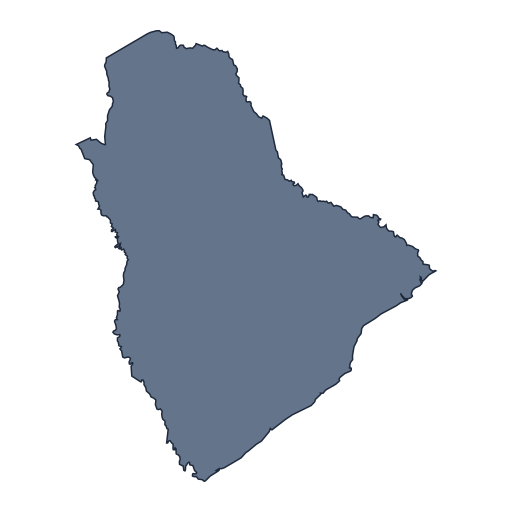 San Carlos, Panama (Natural Earth projection)
{"feature_id": "35544464B52564118130817", "entity_name": "San Carlos", "entity_type": "district", "adm_level": 2, "iso_a3": "PAN", "parent_name": "Panama", "parent_adm1": "", "projection": "natural_earth1", "projection_center": [-80.034, 8.53], "detail": "fine", "context": "isolated", "style": "filled", "palette": "slate", "viewbox_px": 512, "rotation_deg": 0, "n_neighbors": 0, "source": "geoboundaries", "source_scale": "gbopen_adm2", "svg_char_len": 6009}
<svg xmlns="http://www.w3.org/2000/svg" viewBox="0 0 512 512"><path d="M202.3,479.7L204.1,481.3L205.5,480.8L210.0,476.2L218.1,471.1L219.3,469.9L219.2,469.0L216.7,470.8L216.1,470.6L219.2,468.5L221.6,468.7L224.4,467.7L241.2,457.8L245.8,452.6L248.3,451.0L256.4,444.2L261.4,441.1L269.2,431.6L270.5,427.8L270.6,429.5L272.0,429.8L285.3,419.5L292.5,414.7L311.2,405.5L314.7,401.8L315.4,399.4L320.7,394.3L321.0,393.7L320.6,393.2L323.1,393.2L325.7,390.0L335.8,384.2L339.6,380.8L339.0,378.8L340.3,377.1L345.0,373.4L350.6,371.0L351.2,370.1L351.3,368.2L349.5,368.0L349.4,367.5L349.9,367.0L349.8,364.9L350.7,362.1L352.6,359.7L352.5,355.7L354.0,346.6L356.9,341.0L357.4,338.4L361.1,333.6L361.7,328.5L363.6,325.6L375.1,318.5L381.1,313.9L396.1,305.9L400.5,302.8L407.5,300.0L407.5,299.1L406.3,299.8L404.6,299.7L401.5,295.8L400.6,293.2L401.7,295.2L404.9,298.7L408.6,298.6L411.2,297.5L412.4,296.2L412.2,295.3L411.5,294.9L411.4,293.6L412.5,290.2L415.1,287.9L419.5,285.9L421.6,283.8L422.2,282.4L421.8,282.0L420.9,282.3L419.9,279.3L420.7,278.4L420.3,276.9L421.3,277.6L421.2,279.8L422.9,281.1L429.2,274.6L435.8,270.9L435.0,270.5L432.9,271.2L430.2,269.3L429.4,268.0L429.4,265.9L428.9,265.0L423.1,264.1L422.9,261.4L421.3,260.2L420.0,257.8L417.7,255.9L417.6,253.0L418.6,250.5L418.2,249.8L415.6,249.0L412.6,246.5L408.6,245.1L406.8,245.4L406.5,243.5L404.3,239.5L402.0,238.1L399.7,237.5L397.3,235.2L396.5,235.5L395.8,236.9L394.7,236.6L394.0,235.1L393.5,231.9L392.3,231.3L389.0,231.0L388.1,230.3L386.5,228.2L386.0,224.8L383.8,226.9L380.4,227.4L378.0,224.5L378.9,222.1L377.8,220.3L380.3,219.8L380.7,219.0L378.8,218.3L377.7,216.2L376.5,215.2L373.4,214.6L373.2,217.7L370.3,217.4L368.7,215.9L366.2,215.9L364.5,216.3L360.3,218.9L358.6,218.4L357.7,217.2L352.4,217.0L351.3,216.4L349.2,213.6L347.6,212.9L345.7,210.1L342.8,209.3L340.8,206.8L336.2,205.4L333.8,206.2L331.0,202.4L328.2,203.1L326.6,201.2L325.1,201.7L323.5,201.2L321.2,201.4L320.0,200.8L318.1,201.4L317.2,200.1L316.7,197.4L312.6,194.5L309.3,194.4L308.5,196.8L307.9,197.2L306.9,196.9L306.7,195.6L305.8,195.1L303.3,196.9L302.0,192.7L303.0,191.0L302.8,189.7L301.4,187.6L299.1,185.7L298.0,183.7L296.2,185.4L293.8,185.6L292.9,184.1L294.5,183.0L294.2,182.0L291.7,181.5L291.2,180.3L289.4,181.2L287.4,179.8L285.1,179.5L283.6,175.1L281.8,174.6L282.3,173.2L281.8,170.3L282.3,168.9L281.6,168.1L281.3,165.0L281.8,164.2L281.1,160.8L280.5,159.5L278.4,157.7L277.4,151.9L275.9,150.2L269.5,120.4L267.1,118.2L263.4,116.1L262.8,116.1L261.8,118.2L258.5,116.7L256.6,113.9L253.8,111.6L251.0,105.6L251.1,103.4L250.5,102.0L249.5,101.6L247.2,102.0L246.3,101.4L245.9,98.8L246.7,96.7L245.7,96.0L244.4,96.1L242.9,94.3L243.1,90.9L242.8,88.4L240.7,86.6L240.4,84.8L238.5,83.0L238.9,81.5L239.0,77.8L236.7,75.7L235.8,73.9L237.2,71.5L237.3,68.9L235.6,65.8L233.8,64.9L232.5,59.5L230.3,58.3L229.0,56.7L228.8,54.1L227.7,51.4L225.9,52.3L222.8,51.6L222.1,50.5L219.3,50.8L216.9,48.2L214.9,49.8L212.8,49.7L207.9,47.4L204.8,45.4L203.5,45.3L202.5,46.1L196.1,43.6L195.5,45.3L192.5,48.3L190.2,47.9L186.2,48.6L184.0,47.1L183.4,45.3L181.0,45.1L179.8,45.5L177.9,48.0L176.6,48.3L176.3,45.7L175.4,44.0L175.5,42.0L174.4,40.5L174.1,37.0L173.6,35.9L171.4,34.3L167.3,32.2L161.8,32.7L159.2,30.7L156.4,30.8L150.4,32.4L147.4,33.8L106.3,57.9L106.2,61.8L104.8,64.7L104.6,66.4L106.6,71.0L106.9,74.6L108.2,77.9L108.5,80.5L109.1,81.8L109.0,86.1L109.8,88.9L108.9,91.9L107.2,93.1L106.8,94.1L107.9,95.7L110.5,96.2L112.5,97.7L113.4,101.4L112.5,103.7L112.3,106.2L109.4,109.9L107.5,115.9L107.6,120.5L105.7,123.7L105.9,126.5L104.7,136.5L105.4,144.4L104.6,144.7L100.9,143.1L96.4,139.3L91.1,140.2L90.3,137.8L76.2,144.5L78.5,145.7L79.9,148.4L81.1,149.3L84.7,158.6L89.6,159.7L93.3,164.7L92.7,171.9L93.2,174.5L94.6,177.5L96.0,178.6L95.6,179.9L97.3,179.9L97.8,180.6L96.7,181.3L96.8,182.9L95.3,185.4L95.4,186.7L94.7,187.6L95.4,188.2L95.7,189.7L94.4,190.5L93.2,192.6L93.6,195.5L94.2,195.9L94.6,197.9L95.5,199.2L95.6,201.0L98.3,201.6L98.8,204.8L99.6,205.9L97.9,209.1L99.6,209.1L101.0,210.4L100.9,213.1L101.6,215.0L103.5,215.8L106.4,215.8L106.8,216.8L107.8,217.1L110.3,219.8L110.5,223.0L112.1,223.9L111.4,226.6L113.3,227.8L113.0,228.8L111.6,229.8L111.5,231.4L112.1,231.6L115.2,229.4L115.6,230.1L115.2,231.9L117.5,232.7L116.7,234.8L118.6,236.9L118.2,237.4L116.4,236.5L115.3,236.8L115.5,237.4L117.4,238.6L117.5,241.2L118.2,243.7L114.9,246.5L114.9,247.1L115.6,247.6L116.2,246.8L117.8,247.4L118.0,246.5L118.8,246.4L119.9,243.6L120.5,243.3L119.9,247.1L119.0,248.6L119.7,248.9L121.1,247.9L121.1,249.3L121.8,250.0L123.6,249.1L124.6,250.5L124.2,251.9L125.8,253.1L125.2,254.5L127.4,256.2L127.1,258.2L128.3,259.8L127.2,260.9L126.5,265.2L125.1,268.2L125.0,270.5L123.6,273.2L123.4,276.3L124.0,280.3L123.3,284.4L120.5,287.1L118.7,287.7L118.0,289.0L119.3,291.9L117.5,295.8L119.0,300.7L119.5,303.5L119.2,307.2L120.0,308.5L120.2,310.7L119.7,311.2L118.1,310.5L117.5,311.0L117.4,314.9L116.4,317.7L117.4,319.6L115.4,319.7L114.5,321.1L116.1,326.0L116.4,328.7L115.6,330.1L113.5,331.1L112.9,332.2L114.4,334.0L117.1,334.9L119.5,334.6L120.0,335.0L119.6,336.5L117.4,338.0L117.4,340.9L118.3,342.2L118.9,345.7L121.5,346.7L121.3,347.4L119.9,348.9L121.6,350.9L122.7,357.0L124.4,357.9L128.2,357.0L129.6,357.5L130.5,358.7L129.1,362.0L129.3,363.8L130.1,364.3L131.9,362.6L132.9,363.2L131.1,366.5L131.8,376.1L140.6,381.8L141.4,381.8L141.7,380.1L143.0,380.0L144.0,382.0L144.0,384.6L145.8,387.7L146.4,391.0L149.9,394.2L151.0,396.9L153.7,398.1L155.9,400.0L155.4,404.7L157.0,409.1L158.3,409.6L160.5,408.9L162.2,411.4L161.7,413.9L162.1,417.2L162.9,419.3L165.0,421.1L164.9,424.8L166.0,425.8L166.9,428.6L168.2,429.2L166.6,443.0L167.6,443.0L168.8,440.9L170.1,440.7L171.5,442.8L173.1,444.1L173.0,448.8L173.3,449.7L174.6,449.7L175.0,447.8L175.9,448.5L176.2,453.8L178.7,455.2L179.7,456.7L180.2,459.2L179.4,461.2L179.5,464.3L183.2,466.1L183.8,470.3L184.9,470.9L185.4,470.1L185.6,466.3L188.1,462.6L189.5,462.3L189.7,464.8L192.9,465.6L194.5,470.4L196.7,472.6L196.0,473.8L193.0,473.6L192.5,474.6L192.5,476.1L194.2,476.7L196.3,476.6L198.3,479.1L202.3,479.7Z" fill="#64748b" stroke="#1e293b" stroke-width="1.5"/></svg>